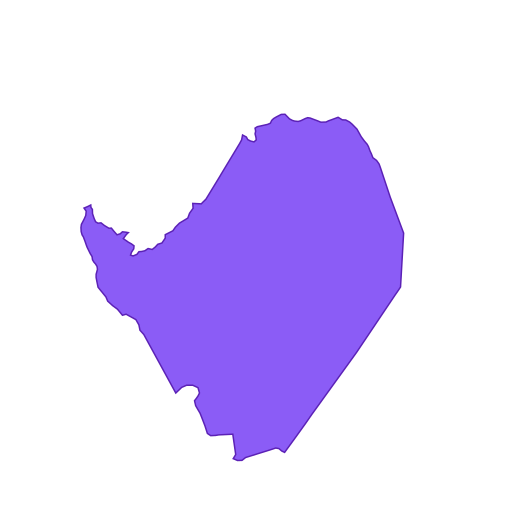 Santa Cruz de Goiás, Goiás, Brazil, rotated 134°
{"feature_id": "56859067B48580128800931", "entity_name": "Santa Cruz de Goiás", "entity_type": "district", "adm_level": 2, "iso_a3": "BRA", "parent_name": "Brazil", "parent_adm1": "Goiás", "projection": "orthographic", "projection_center": [-48.573, -17.387], "detail": "fine", "context": "isolated", "style": "filled", "palette": "violet", "viewbox_px": 512, "rotation_deg": 134, "n_neighbors": 0, "source": "geoboundaries", "source_scale": "gbopen_adm2", "svg_char_len": 2236}
<svg xmlns="http://www.w3.org/2000/svg" viewBox="0 0 512 512"><g transform="rotate(134 256 256)"><path d="M341.0,413.0L341.7,409.3L345.1,406.6L348.7,405.3L352.0,404.3L354.5,403.6L357.1,401.7L359.9,398.7L361.6,395.8L362.2,393.4L364.4,388.8L365.9,385.9L367.0,383.6L369.4,377.0L370.3,373.5L372.3,371.0L373.0,368.4L373.2,365.9L373.9,363.1L375.7,360.8L380.2,358.3L382.5,356.1L384.7,353.0L388.2,347.9L389.7,335.5L391.5,331.3L391.3,324.7L390.5,318.7L391.4,310.9L388.1,309.0L385.2,298.2L386.9,292.4L390.0,287.9L390.4,282.2L410.3,218.5L402.1,218.2L397.1,216.1L392.9,211.7L391.0,206.3L393.8,201.5L396.9,200.5L399.9,200.0L402.8,199.7L405.6,195.4L408.0,186.9L410.7,181.0L413.7,174.6L417.4,167.7L416.7,163.8L413.2,160.5L410.5,158.5L400.3,148.9L412.9,132.7L417.6,131.6L415.9,127.2L412.7,124.1L408.2,123.5L385.7,111.2L380.4,108.4L378.6,105.7L378.4,102.0L377.4,99.0L357.4,101.8L341.7,104.1L331.3,105.8L255.5,116.7L187.7,128.8L182.8,129.6L180.5,130.0L177.9,130.5L137.0,165.7L120.4,200.4L105.9,228.1L104.3,231.4L103.5,235.7L104.1,240.2L102.3,244.1L101.2,247.0L99.2,251.1L98.4,253.7L98.0,258.0L97.1,263.3L94.6,271.5L94.4,278.4L94.6,281.7L95.8,285.9L98.1,288.5L99.2,293.3L106.1,296.6L108.5,297.8L111.0,298.7L114.7,302.3L115.9,305.4L118.0,310.2L119.1,312.8L120.6,314.9L122.8,316.0L127.7,317.8L129.9,319.1L132.1,321.9L133.2,324.0L134.1,327.2L133.9,333.6L136.6,336.2L141.9,338.0L144.9,338.8L147.6,338.9L150.5,337.9L153.3,339.1L162.1,344.9L164.7,345.5L166.4,343.0L168.8,341.5L170.8,338.3L172.3,336.5L175.3,336.7L177.1,339.8L178.0,342.8L177.1,345.6L178.3,349.7L182.5,347.0L186.5,345.9L220.6,338.1L223.9,337.3L249.8,331.5L253.9,331.6L256.5,331.6L262.1,338.0L265.4,334.4L271.4,333.5L276.1,331.4L285.5,333.9L291.3,334.0L295.6,333.3L303.7,336.1L306.2,333.7L312.0,332.7L315.8,334.8L319.5,334.7L323.4,335.2L325.6,338.8L329.5,339.6L332.2,341.4L334.2,343.2L337.6,342.8L341.4,344.5L342.5,346.9L339.6,348.2L335.8,348.9L333.4,350.8L333.8,354.0L334.7,357.3L335.7,363.5L330.6,364.2L327.9,364.1L329.3,366.2L331.4,368.9L334.3,369.1L337.3,370.7L336.9,375.4L336.4,379.4L338.2,381.1L339.4,386.4L339.8,390.5L342.2,392.5L342.8,395.2L341.4,398.6L339.1,403.0L336.1,406.1L335.7,408.5L334.1,410.3L337.0,411.3L341.0,413.0Z" fill="#8b5cf6" stroke="#5b21b6" stroke-width="1.5"/></g></svg>